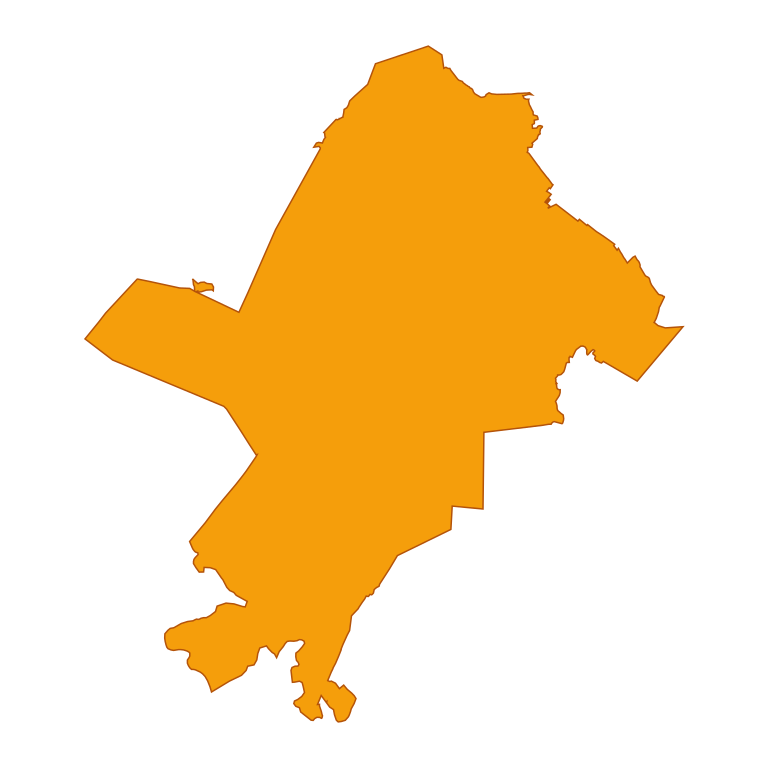 outline of Tetecala, Morelos, Mexico
{"feature_id": "50627088B24263329941793", "entity_name": "Tetecala", "entity_type": "district", "adm_level": 2, "iso_a3": "MEX", "parent_name": "Mexico", "parent_adm1": "Morelos", "projection": "orthographic", "projection_center": [-99.406, 18.688], "detail": "fine", "context": "isolated", "style": "filled", "palette": "amber", "viewbox_px": 768, "rotation_deg": 0, "n_neighbors": 0, "source": "geoboundaries", "source_scale": "gbopen_adm2", "svg_char_len": 6081}
<svg xmlns="http://www.w3.org/2000/svg" viewBox="0 0 768 768"><path d="M389.4,569.0L397.4,555.6L450.9,529.4L452.2,506.1L483.0,509.0L483.9,432.3L543.2,425.2L548.4,424.3L551.2,424.2L551.7,423.2L553.0,422.0L554.2,421.6L562.0,423.7L562.7,423.0L563.5,420.3L563.7,418.6L563.2,415.0L561.1,413.5L557.7,410.5L557.1,408.5L557.0,405.9L556.4,403.5L555.5,401.4L559.3,395.5L560.1,392.8L560.2,389.8L559.9,389.9L558.0,389.3L557.4,388.8L557.0,388.2L556.7,386.8L556.6,385.2L556.0,383.6L556.9,383.5L555.7,381.6L555.9,379.5L555.5,378.2L557.8,375.6L557.7,375.0L559.5,375.0L561.0,374.5L562.2,373.4L563.8,371.7L564.8,368.9L566.3,363.2L567.2,362.5L569.3,362.4L569.0,359.7L569.1,357.4L569.9,357.1L570.1,356.4L572.4,357.3L575.4,351.0L576.4,349.5L580.9,346.1L582.1,346.2L582.9,346.0L583.8,346.4L585.2,347.1L586.0,348.3L586.4,349.2L586.8,349.5L586.7,352.3L586.8,353.8L587.1,354.6L587.6,354.9L588.1,354.5L590.8,351.5L593.0,349.6L593.6,349.8L594.7,350.7L594.5,351.5L593.1,352.5L592.9,353.8L593.2,354.3L594.1,354.8L595.5,356.3L594.7,358.5L595.7,360.3L596.2,360.7L597.8,361.2L599.8,362.5L601.5,363.0L603.3,361.4L637.2,381.1L683.0,326.7L665.3,327.9L658.0,325.6L654.6,322.7L654.1,322.5L656.2,318.6L658.5,311.7L659.3,307.2L659.8,306.6L664.4,297.0L664.2,296.5L662.6,296.0L662.4,295.5L658.6,294.4L655.8,290.8L651.7,285.2L650.5,282.7L649.4,278.8L649.0,278.0L648.0,277.2L645.5,275.9L644.6,274.6L640.0,266.8L640.1,265.0L639.3,262.6L638.6,261.3L637.0,259.6L635.1,256.1L632.9,257.3L627.3,263.0L625.1,259.4L623.7,257.5L621.7,253.9L620.4,252.0L618.4,248.3L617.1,250.2L613.7,245.7L614.7,244.3L605.7,237.8L600.0,233.9L596.4,231.6L587.6,224.6L586.9,225.5L579.4,219.3L577.9,221.1L556.1,204.3L547.8,208.3L549.7,206.0L547.0,203.6L550.2,199.7L549.4,199.0L545.9,202.8L545.0,202.1L551.2,194.3L548.6,192.4L546.6,191.3L549.2,187.8L550.3,188.7L553.0,184.8L552.0,184.0L551.1,182.7L547.8,178.2L547.5,178.1L540.4,169.1L539.1,167.0L537.9,165.6L528.9,153.3L527.2,152.3L527.9,150.6L527.7,147.5L531.9,147.2L532.7,144.3L532.0,143.2L537.1,138.7L537.3,138.6L537.5,137.1L538.6,134.5L539.6,134.5L540.1,133.8L540.2,133.4L539.8,132.0L540.3,130.5L540.4,129.1L542.3,127.1L542.4,126.6L542.1,126.2L540.1,125.6L538.4,126.0L537.8,126.5L536.9,127.9L536.3,128.1L532.5,128.3L532.2,124.6L534.3,123.6L534.4,123.1L534.3,120.2L538.0,119.4L537.9,117.9L537.2,116.1L533.4,114.9L533.1,113.8L533.1,111.9L531.8,109.6L530.3,106.4L529.4,104.8L528.5,101.0L528.7,99.6L528.9,99.2L526.2,99.2L524.0,98.3L522.9,95.7L523.7,95.8L527.9,94.5L529.5,94.4L532.1,94.8L529.5,92.7L526.8,93.1L524.5,93.1L522.0,93.3L517.5,93.4L511.1,94.1L496.8,94.4L491.7,93.9L489.0,92.8L486.1,94.6L485.6,96.0L484.1,96.9L482.0,97.3L480.8,97.3L474.9,93.8L473.6,92.2L472.5,89.5L471.5,88.5L470.1,88.0L469.3,86.9L467.8,86.2L467.2,85.6L465.9,84.9L465.0,84.1L463.2,82.8L462.4,81.5L458.8,80.2L457.7,79.2L456.3,77.4L450.9,70.4L449.8,68.4L447.9,68.4L446.0,67.3L445.5,67.4L443.8,68.3L441.9,54.9L428.3,46.1L375.5,63.7L367.7,84.4L354.9,95.9L349.8,100.8L349.4,101.8L348.4,105.1L347.1,107.3L346.6,107.9L344.1,109.4L343.7,112.8L342.8,117.3L342.3,117.3L339.9,118.6L339.3,118.5L339.2,119.0L337.4,119.8L336.2,119.4L335.7,119.8L323.8,132.5L324.6,133.1L325.0,136.7L325.5,137.2L323.9,139.4L322.4,143.0L318.6,142.4L316.4,143.1L313.8,147.2L319.0,146.4L320.3,147.9L320.2,149.0L275.6,229.5L247.8,292.9L238.9,312.3L195.7,291.8L197.8,291.0L197.9,292.2L201.5,291.7L206.4,290.1L211.9,289.8L213.3,290.8L213.5,287.0L211.8,284.0L206.9,283.5L204.2,282.1L200.6,282.4L198.0,283.7L195.4,281.5L192.5,278.9L193.0,280.1L193.5,284.7L194.4,286.6L194.7,291.3L189.7,288.4L179.7,288.0L149.2,281.4L137.8,279.1L137.5,279.1L137.1,279.2L105.6,313.1L98.6,322.2L85.0,338.9L112.6,360.0L223.8,406.3L226.6,409.1L240.1,429.8L249.6,444.8L256.1,454.8L257.2,454.5L256.1,456.6L246.2,471.1L242.5,476.0L235.9,484.4L222.2,500.7L215.5,509.0L205.2,522.8L189.6,541.5L192.2,547.6L193.1,549.4L194.8,551.5L196.0,552.3L197.8,552.8L198.1,554.6L195.2,557.6L194.0,559.3L193.5,561.4L193.5,563.6L196.0,567.7L199.2,572.1L203.6,572.0L204.1,567.4L210.3,567.7L215.7,569.6L221.6,578.2L222.8,579.6L226.8,587.3L229.7,590.5L233.8,592.4L236.2,595.3L247.2,601.4L245.2,606.9L242.5,606.5L234.0,603.9L226.0,603.1L217.1,606.1L215.5,611.5L210.2,615.6L206.3,617.7L203.5,617.7L200.9,618.3L199.4,619.2L198.1,619.4L196.6,619.1L195.3,619.6L193.0,620.8L187.7,621.5L181.3,623.5L173.7,627.8L170.2,628.4L167.9,630.3L164.9,633.8L164.7,638.1L165.2,641.5L166.0,644.7L166.8,647.1L168.0,648.7L170.9,649.9L173.6,650.4L178.6,649.6L180.7,649.6L183.5,649.9L186.7,650.9L188.7,651.9L189.8,653.0L189.8,656.0L189.2,657.4L187.4,660.1L187.4,663.2L188.4,665.6L189.8,667.8L191.5,669.4L193.3,669.4L195.3,669.8L200.3,672.1L202.6,673.8L205.1,676.5L207.6,680.8L210.0,686.8L211.5,692.0L229.5,681.1L241.5,675.3L246.1,670.5L247.7,666.2L254.0,664.9L256.8,659.9L257.8,653.5L259.8,648.0L266.5,645.9L268.5,648.7L272.1,652.4L274.5,653.9L276.6,657.7L279.2,651.6L283.2,646.7L285.2,643.5L287.2,641.4L289.9,641.0L293.8,641.2L297.1,640.7L299.3,639.6L301.6,639.8L304.1,641.2L304.6,643.5L302.3,646.8L298.7,650.9L295.9,653.1L295.8,656.8L296.5,660.5L298.2,662.4L299.0,664.5L297.9,666.1L295.0,666.2L292.0,667.5L291.0,670.4L292.4,682.3L294.8,682.1L299.5,681.2L302.1,682.5L303.1,686.1L304.5,692.5L301.8,696.4L297.7,699.5L294.5,701.0L293.8,703.6L295.8,706.3L299.4,707.7L300.7,712.0L311.1,720.2L313.2,720.4L314.7,718.6L317.0,717.3L319.7,717.4L321.4,718.3L322.0,717.9L322.5,715.8L322.0,714.4L321.4,711.7L319.5,706.0L319.5,704.3L317.5,704.5L321.2,695.5L326.1,702.2L326.8,701.5L326.7,703.0L329.7,707.1L333.5,709.6L334.5,714.8L336.3,720.1L337.4,721.2L338.2,721.9L341.3,721.5L345.3,720.3L348.4,716.8L349.3,714.9L350.5,711.6L351.2,708.9L354.1,703.6L356.0,698.6L354.2,695.7L351.7,693.1L347.3,689.4L343.7,685.1L339.4,688.6L335.5,683.2L331.3,681.1L329.8,681.5L327.7,680.6L331.2,672.2L333.0,668.5L333.0,668.1L335.6,663.2L338.7,656.0L341.2,649.7L341.0,649.4L342.8,644.8L347.1,635.3L349.6,630.5L351.5,615.8L358.3,608.6L358.6,607.8L362.3,602.2L364.6,599.1L366.2,596.1L368.1,596.5L368.7,596.1L370.0,594.4L371.5,594.8L372.0,594.6L373.4,593.1L374.2,589.5L376.6,587.5L379.0,586.3L379.7,584.0L389.4,569.0Z" fill="#f59e0b" stroke="#b45309" stroke-width="1.5"/></svg>